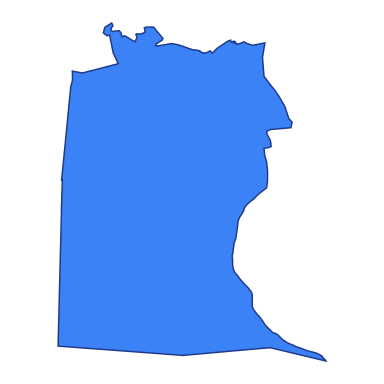 Ismailiyya, Al Isma`iliyah, Egypt
{"feature_id": "37247803B77757966140043", "entity_name": "Ismailiyya", "entity_type": "district", "adm_level": 2, "iso_a3": "EGY", "parent_name": "Egypt", "parent_adm1": "Al Isma`iliyah", "projection": "mercator", "projection_center": [32.24, 30.424], "detail": "fine", "context": "isolated", "style": "filled", "palette": "blue", "viewbox_px": 384, "rotation_deg": 0, "n_neighbors": 0, "source": "geoboundaries", "source_scale": "gbopen_adm2", "svg_char_len": 3219}
<svg xmlns="http://www.w3.org/2000/svg" viewBox="0 0 384 384"><path d="M72.3,71.1L72.4,71.9L72.5,80.0L71.7,83.4L70.8,86.4L62.6,170.2L61.5,180.9L62.4,179.3L62.4,179.2L62.2,185.3L61.4,210.3L61.5,210.3L58.1,345.5L58.1,346.1L183.0,355.4L233.2,350.9L270.0,347.7L273.2,348.4L325.9,361.0L324.7,359.2L322.1,357.5L322.6,357.1L321.7,355.8L319.6,354.6L315.8,352.9L307.4,350.8L301.0,348.3L296.0,346.6L292.6,344.9L289.2,343.7L286.7,342.4L285.0,341.1L282.9,339.9L277.3,334.4L274.8,333.1L273.2,333.1L272.7,332.6L271.5,331.3L268.9,328.8L267.2,327.1L265.1,325.0L263.4,322.2L263.0,321.6L261.3,319.1L259.6,317.0L257.0,314.0L254.9,311.5L253.2,308.9L252.3,306.4L252.3,303.4L252.3,295.3L251.8,292.8L248.4,288.1L246.3,286.0L243.8,283.5L239.5,278.4L237.4,275.4L234.8,272.5L234.1,270.8L233.5,269.5L233.1,267.8L232.7,265.7L232.6,263.2L232.6,260.2L232.2,255.1L232.6,254.7L232.6,254.2L233.0,251.7L233.4,248.7L233.8,245.3L234.6,241.5L235.8,238.5L237.1,229.6L237.5,226.2L237.9,223.6L237.8,221.9L238.3,220.7L238.7,219.4L239.9,216.8L240.4,216.1L241.6,214.3L243.3,211.3L243.7,210.9L244.1,208.7L245.3,206.6L247.4,204.0L249.9,201.9L253.7,198.9L255.8,196.8L257.5,195.1L260.0,192.9L266.7,187.8L266.7,187.4L267.5,181.4L267.5,177.6L267.5,170.4L267.0,166.1L266.6,161.9L264.8,155.9L264.4,152.1L264.3,151.1L264.0,148.4L269.0,147.4L271.1,146.6L270.7,141.9L269.8,139.3L268.6,137.1L266.8,133.8L266.8,131.3L267.7,130.8L270.6,129.5L290.9,127.7L292.1,122.2L291.3,121.3L288.7,118.3L284.9,106.6L279.3,96.9L275.0,90.5L270.2,84.6L264.0,76.3L262.5,57.3L264.9,42.9L252.5,45.3L246.9,43.5L243.8,41.8L241.4,43.0L239.3,43.7L236.5,44.2L235.8,42.4L235.6,42.5L235.5,42.4L235.3,42.5L234.7,42.7L234.1,42.8L234.0,42.4L234.7,42.1L234.8,42.1L234.8,41.8L234.7,41.8L234.4,41.7L234.4,41.8L234.3,41.7L234.2,41.6L234.1,41.4L234.0,41.5L233.9,41.5L233.9,41.4L233.5,41.3L233.4,41.4L233.5,41.5L233.4,41.8L233.3,41.4L232.4,41.7L231.2,42.1L230.6,40.4L230.6,40.2L229.8,40.4L229.2,40.6L228.7,40.8L228.8,40.9L227.8,41.3L227.1,41.6L226.3,42.2L224.7,43.2L223.2,44.3L221.7,45.3L220.2,46.3L218.6,47.3L217.1,48.4L216.3,49.1L216.0,49.4L215.9,49.4L215.5,49.8L214.8,50.7L214.5,51.1L214.2,51.4L213.1,52.4L212.2,53.0L212.0,52.8L211.5,52.3L210.0,50.8L209.8,50.9L208.7,51.7L208.0,52.1L207.4,52.3L206.8,52.5L206.4,52.7L205.8,52.8L204.8,52.9L204.2,52.9L203.4,52.9L202.6,52.7L201.7,52.4L201.0,52.0L200.2,51.6L200.2,51.1L198.8,50.6L197.0,50.2L195.9,50.0L193.1,49.9L178.3,44.8L173.9,44.0L171.5,43.6L168.6,44.1L163.8,44.9L158.4,45.8L155.8,46.0L155.8,45.4L156.3,44.1L156.7,43.7L157.5,43.2L158.4,42.4L159.5,41.8L162.1,40.2L162.6,39.4L163.0,38.5L162.6,38.1L160.1,35.0L156.4,30.6L154.9,28.7L153.6,27.1L150.6,27.1L146.0,27.1L144.3,28.0L144.6,29.3L145.1,31.4L145.2,31.8L144.7,32.2L143.5,33.1L140.1,34.0L138.8,34.0L137.5,33.8L136.3,34.0L135.9,34.4L136.3,35.7L136.7,36.3L137.2,37.0L137.0,37.4L135.1,41.7L130.8,39.5L128.3,37.8L126.2,36.6L124.5,35.7L123.6,36.2L122.8,36.6L121.9,36.6L121.5,34.9L121.0,32.8L119.3,30.7L115.9,31.0L113.0,31.6L111.3,30.7L110.9,29.0L111.0,28.7L112.9,25.6L111.7,23.0L104.9,27.3L103.3,32.9L103.5,33.0L105.7,34.7L106.2,35.1L107.1,35.8L108.9,35.2L109.6,35.0L113.2,52.8L113.3,53.1L113.4,53.4L114.6,55.8L115.7,58.2L118.3,63.7L82.4,73.0L72.3,71.1Z" fill="#3b82f6" stroke="#1e3a8a" stroke-width="1.5"/></svg>